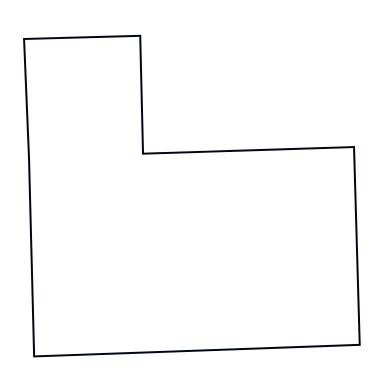 the district of Elbert, Colorado, United States of America, rotated 178°
{"feature_id": "52423323B30628973159392", "entity_name": "Elbert", "entity_type": "district", "adm_level": 2, "iso_a3": "USA", "parent_name": "United States of America", "parent_adm1": "Colorado", "projection": "equal_earth", "projection_center": [-104.244, 39.217], "detail": "fine", "context": "isolated", "style": "outline", "palette": "ink", "viewbox_px": 384, "rotation_deg": 178, "n_neighbors": 0, "source": "geoboundaries", "source_scale": "gbopen_adm2", "svg_char_len": 277}
<svg xmlns="http://www.w3.org/2000/svg" viewBox="0 0 384 384"><g transform="rotate(178 192 192)"><path d="M29.7,33.4L28.5,231.3L66.9,231.4L239.6,232.0L238.3,349.9L354.5,350.8L353.7,231.9L355.5,33.2L36.0,33.4L29.7,33.4Z" fill="none" stroke="#020617" stroke-width="2"/></g></svg>